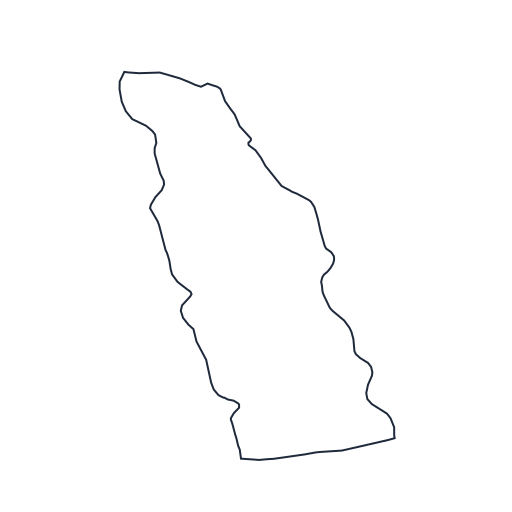 Cunén, Quiché, Guatemala (Equal Earth projection), rotated 77°
{"feature_id": "79465075B6309522429005", "entity_name": "Cunén", "entity_type": "district", "adm_level": 2, "iso_a3": "GTM", "parent_name": "Guatemala", "parent_adm1": "Quiché", "projection": "equal_earth", "projection_center": [-91.026, 15.371], "detail": "fine", "context": "isolated", "style": "outline", "palette": "slate", "viewbox_px": 512, "rotation_deg": 77, "n_neighbors": 0, "source": "geoboundaries", "source_scale": "gbopen_adm2", "svg_char_len": 2051}
<svg xmlns="http://www.w3.org/2000/svg" viewBox="0 0 512 512"><g transform="rotate(77 256 256)"><path d="M47.0,342.9L49.0,344.5L55.4,349.6L63.1,351.5L75.4,352.1L85.6,350.3L94.8,345.8L104.4,333.8L111.0,328.8L115.0,327.0L123.5,327.7L128.1,330.5L133.3,331.7L154.1,330.8L161.9,329.0L165.7,329.5L170.7,333.1L176.0,340.8L182.4,346.9L185.6,348.5L199.5,344.2L204.0,343.5L229.7,342.8L232.8,342.1L236.9,341.7L241.6,341.5L249.5,342.1L255.1,341.9L263.5,338.3L267.0,335.5L273.6,330.1L276.0,327.9L278.7,327.4L280.6,329.2L287.5,339.2L292.5,341.6L300.0,341.0L301.7,340.1L307.7,337.3L313.2,333.4L326.0,333.2L345.9,327.9L369.3,328.2L376.6,327.2L381.1,324.9L383.2,323.8L386.7,319.6L386.9,318.7L389.5,315.7L391.9,310.4L395.5,306.6L396.9,305.9L400.0,306.6L404.1,312.9L408.3,316.9L409.7,317.3L414.2,316.8L425.7,316.4L429.1,316.1L436.6,316.1L441.1,315.4L450.1,316.2L453.7,304.3L455.4,298.9L456.5,290.9L457.6,284.4L458.6,272.8L460.3,253.0L460.8,242.3L461.3,238.0L462.9,228.3L464.9,216.1L465.0,168.3L464.7,161.9L461.8,161.7L453.9,159.9L444.4,161.4L439.1,163.8L426.3,176.5L420.4,179.7L414.3,179.4L406.6,175.8L398.8,170.0L395.6,168.8L390.0,168.8L385.4,170.9L378.6,177.7L376.9,178.8L374.1,180.8L370.8,181.5L358.9,179.8L351.3,180.1L346.8,181.1L338.5,184.7L337.8,185.3L327.0,193.5L324.0,195.3L321.6,196.1L317.4,197.0L309.5,198.8L305.6,199.2L300.4,198.5L295.8,198.3L292.8,196.8L291.3,195.9L289.3,193.8L287.9,190.8L286.8,189.1L284.2,185.8L280.9,182.7L277.7,180.9L275.2,180.3L273.6,180.2L271.1,181.1L269.2,181.9L267.0,183.8L264.6,186.0L261.6,186.8L246.5,187.6L234.9,187.4L229.5,187.6L221.4,188.1L215.6,190.2L214.7,190.9L213.4,191.9L204.3,202.4L201.5,206.5L199.7,208.3L193.6,215.3L185.5,219.2L170.2,226.6L161.4,229.1L152.9,232.7L146.5,238.1L145.1,238.2L143.8,237.8L143.0,236.0L142.0,235.0L141.0,234.6L140.1,234.7L125.9,242.7L113.5,244.9L110.3,246.2L107.4,247.6L98.2,251.3L86.0,252.9L84.5,253.6L83.4,254.7L82.1,256.1L79.6,260.4L77.1,264.4L78.7,271.5L75.6,276.7L71.8,281.7L65.8,290.2L55.6,308.5L51.6,328.7L48.5,338.9L47.0,342.9Z" fill="none" stroke="#1e293b" stroke-width="2"/></g></svg>